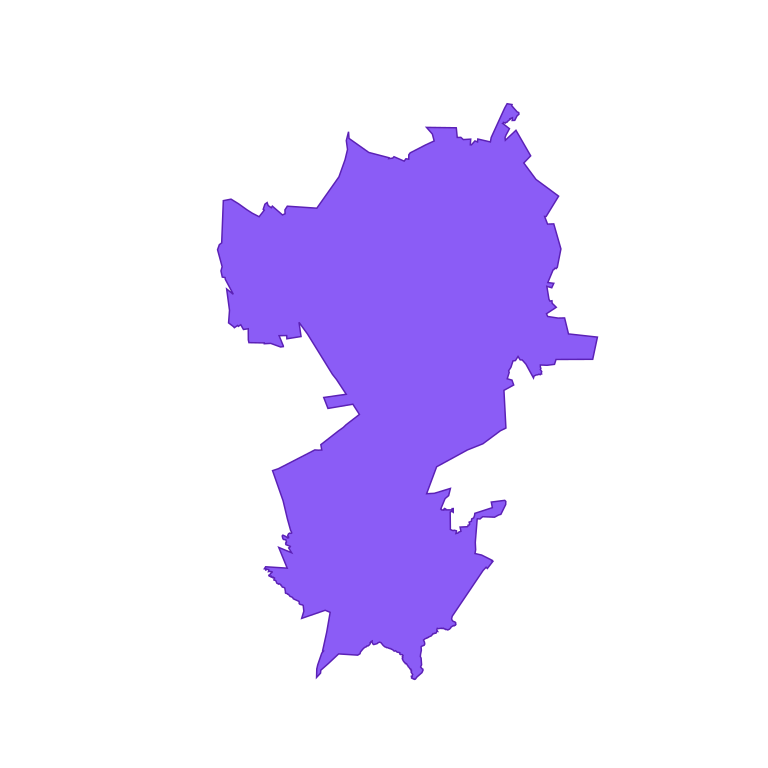 outline of Canatlán, Durango, Mexico, rotated 283°
{"feature_id": "50627088B7187015857407", "entity_name": "Canatlán", "entity_type": "district", "adm_level": 2, "iso_a3": "MEX", "parent_name": "Mexico", "parent_adm1": "Durango", "projection": "orthographic", "projection_center": [-105.2, 24.53], "detail": "fine", "context": "isolated", "style": "filled", "palette": "violet", "viewbox_px": 768, "rotation_deg": 283, "n_neighbors": 0, "source": "geoboundaries", "source_scale": "gbopen_adm2", "svg_char_len": 6165}
<svg xmlns="http://www.w3.org/2000/svg" viewBox="0 0 768 768"><g transform="rotate(283 384 384)"><path d="M220.4,325.9L218.8,327.3L217.9,327.5L217.5,326.9L217.5,325.6L216.7,324.8L216.0,324.5L214.3,324.3L213.4,325.5L212.7,325.6L212.3,324.5L213.3,322.7L214.0,319.5L213.6,319.2L213.0,319.0L210.8,320.1L209.9,321.0L210.1,323.4L208.4,324.4L207.5,324.1L207.4,324.5L206.2,324.1L205.4,324.6L204.7,329.2L203.7,328.9L202.8,328.0L198.8,331.9L201.1,318.2L182.8,331.1L179.3,309.8L177.1,309.0L177.3,310.4L176.4,310.4L176.1,310.7L177.2,311.7L177.2,313.2L176.9,313.7L175.2,313.6L175.7,314.7L175.9,317.1L175.3,317.3L173.9,316.1L172.3,315.7L172.1,315.0L171.3,314.9L170.9,316.1L170.9,316.7L171.4,317.4L171.1,317.7L170.5,317.7L170.6,318.5L170.3,319.0L170.8,319.3L170.8,319.6L170.6,319.8L170.5,320.6L170.3,321.0L169.5,320.6L168.2,320.9L168.2,322.3L167.8,323.0L165.8,324.4L165.3,326.4L165.8,326.6L165.8,326.9L165.3,328.6L164.5,329.0L164.1,329.9L163.3,330.5L163.2,332.5L162.9,333.2L159.4,334.7L158.3,334.9L158.0,335.3L158.0,336.8L157.5,337.4L157.5,338.3L155.9,340.3L155.8,341.9L155.2,343.2L154.3,344.0L153.1,349.9L152.6,350.4L151.1,350.7L150.7,351.1L150.4,351.9L150.4,354.3L150.0,355.1L144.6,357.0L137.1,356.5L150.3,377.6L149.4,382.9L129.2,384.0L110.1,384.2L110.1,385.1L107.8,383.9L95.4,382.6L91.2,382.6L82.9,384.3L88.0,387.2L90.9,386.8L99.3,392.8L110.8,400.5L113.9,419.4L115.8,421.3L117.7,421.4L121.8,423.5L123.3,424.8L124.0,425.9L125.0,426.4L125.2,427.3L125.5,427.7L127.0,428.7L128.2,429.0L128.8,428.7L129.6,429.5L130.1,429.3L130.9,430.3L129.9,430.4L128.3,431.5L127.8,432.6L129.4,435.6L130.5,436.4L131.5,437.8L131.3,439.2L129.1,442.0L128.1,443.9L128.0,445.2L127.7,445.7L127.9,446.9L127.5,448.8L127.7,450.1L127.3,450.5L127.1,452.2L126.2,453.5L126.1,454.3L126.7,455.2L125.7,457.1L125.8,459.8L124.4,460.2L124.1,460.8L124.4,462.9L123.5,463.7L122.3,463.2L121.8,463.8L120.8,463.5L120.4,464.0L119.8,464.0L119.4,464.5L118.8,464.8L117.2,466.7L117.1,467.2L116.3,467.8L116.6,468.7L116.1,469.3L115.7,469.5L114.8,470.7L114.0,471.2L113.6,472.1L112.6,473.1L112.4,474.0L111.8,474.0L111.5,475.0L110.6,475.4L110.4,475.1L110.2,475.4L109.3,475.3L107.4,477.3L105.5,477.0L105.3,476.4L104.8,476.6L104.9,477.2L103.7,477.1L103.2,479.1L103.5,479.4L103.1,479.8L103.1,480.4L103.6,481.0L105.9,482.0L111.3,485.9L113.9,486.4L114.9,486.0L115.0,485.4L116.5,483.3L118.8,483.8L125.3,481.8L126.6,480.7L129.1,480.4L133.0,480.3L136.1,479.3L136.7,479.4L138.5,481.9L139.8,482.2L141.6,481.5L143.4,480.1L145.2,481.5L146.1,483.1L146.5,483.1L147.1,484.3L147.5,484.4L149.3,486.8L151.9,488.0L151.8,488.7L152.6,489.4L152.8,490.5L153.1,490.8L154.9,491.1L155.0,491.9L156.3,490.7L157.9,490.9L157.8,491.9L158.9,494.7L158.7,494.8L159.0,496.3L159.4,496.5L159.1,497.3L159.2,497.6L158.9,498.0L159.0,498.9L158.6,499.4L158.9,500.1L158.7,501.5L159.9,503.0L161.5,503.9L161.9,503.8L163.8,505.5L164.2,506.0L164.0,506.6L164.6,507.0L165.0,507.8L166.0,508.1L166.3,507.7L167.3,507.7L168.1,506.7L168.3,504.7L169.5,503.2L170.5,502.7L173.0,502.7L224.6,522.5L228.4,524.7L227.5,526.2L235.7,530.0L235.9,528.8L236.5,529.1L239.3,517.6L239.3,510.8L243.1,510.6L250.1,508.6L273.2,505.2L273.7,505.3L274.1,507.9L276.9,510.0L279.1,521.7L282.2,525.2L283.3,527.2L293.9,529.7L297.0,529.1L297.8,527.8L293.1,515.1L287.9,517.4L278.4,501.6L276.3,501.8L273.7,501.5L272.3,499.8L269.9,500.0L268.5,498.0L266.8,499.0L265.7,498.6L265.4,497.7L264.3,497.7L263.7,497.3L261.7,490.3L257.8,492.1L256.5,490.2L255.4,489.5L254.5,487.7L256.7,487.8L257.3,487.6L257.3,485.2L256.8,484.6L256.7,483.7L257.2,481.4L274.1,477.3L275.2,478.7L274.6,480.3L278.2,479.5L277.9,478.4L276.6,478.4L275.3,472.6L276.0,472.4L276.4,471.1L275.8,470.7L275.6,471.1L274.7,470.8L274.9,470.2L274.5,470.1L274.3,468.6L274.8,468.2L274.6,467.9L274.8,467.6L274.3,467.3L286.1,469.3L289.8,472.1L297.2,472.2L288.8,457.6L286.7,450.2L315.2,453.9L338.5,480.1L348.0,493.8L364.6,507.9L368.5,512.7L404.8,502.3L412.2,510.6L416.6,507.8L416.8,502.9L423.4,503.4L424.9,502.5L428.8,503.9L435.5,504.5L436.4,506.8L441.0,508.4L438.2,511.2L438.5,513.3L435.2,517.9L423.5,528.3L425.5,528.4L427.0,530.2L427.6,531.8L428.4,532.8L428.2,534.1L429.0,534.6L429.2,535.3L430.5,534.8L431.6,534.9L433.2,533.1L434.6,533.3L435.7,532.5L437.7,532.1L438.9,538.6L441.5,545.7L446.6,546.1L455.0,581.8L477.7,581.4L474.3,552.5L489.0,545.1L487.4,538.8L486.6,528.3L489.0,526.5L497.5,534.6L500.5,529.7L502.9,528.9L502.1,527.1L503.6,525.7L515.8,520.7L515.5,525.8L520.3,526.8L519.7,520.8L533.2,523.1L533.8,523.9L534.9,524.2L535.4,524.7L535.1,525.7L536.7,526.6L555.4,526.0L578.2,513.4L576.6,507.4L583.4,502.8L583.7,504.3L606.3,511.9L617.5,486.1L630.8,470.5L639.3,475.6L660.9,455.5L648.8,447.4L651.4,446.5L652.0,446.6L654.0,446.9L661.0,448.8L664.6,441.0L665.2,441.7L665.8,441.6L665.6,443.7L666.3,443.9L667.0,445.2L668.1,445.6L670.3,447.4L670.8,447.0L672.3,449.2L669.6,449.6L670.3,452.1L675.1,453.3L677.2,454.8L678.8,454.2L679.1,452.5L683.9,445.8L685.1,445.9L684.8,440.9L680.0,439.5L648.3,433.0L643.8,433.2L643.8,420.3L640.9,420.7L641.3,417.9L636.7,415.4L636.5,414.3L642.1,413.4L640.0,406.3L641.6,403.4L640.7,399.9L649.9,396.8L643.6,367.7L638.4,374.9L632.1,378.2L626.2,370.6L615.1,357.5L612.9,356.6L608.6,357.5L608.4,354.7L605.7,353.5L607.7,342.6L606.0,341.6L604.7,337.9L605.6,338.0L606.2,317.1L615.4,294.7L621.8,292.7L612.7,292.5L604.3,295.7L593.8,295.6L575.7,293.5L540.2,279.0L535.5,249.8L531.4,248.3L527.6,249.3L525.9,247.0L532.2,235.2L530.4,234.5L531.8,231.0L534.5,229.3L532.4,227.5L527.0,227.0L526.4,228.2L518.9,224.7L520.8,217.2L522.9,211.3L526.9,201.7L529.7,193.4L526.5,186.2L485.0,194.1L482.7,192.2L477.4,191.6L461.9,199.9L457.5,199.7L451.8,202.4L452.0,205.2L450.2,205.9L437.5,217.0L441.2,209.3L421.0,216.9L408.6,218.8L406.0,224.5L405.2,225.5L408.1,228.2L407.4,229.1L409.5,231.1L405.5,234.8L407.3,239.3L396.4,241.9L393.9,243.1L397.1,258.1L396.3,258.3L398.1,264.5L396.8,274.9L397.8,277.5L398.5,277.3L407.5,270.9L409.3,278.3L406.2,279.2L411.6,292.5L425.0,287.3L415.5,298.2L381.8,331.6L377.8,336.6L365.5,349.5L357.3,328.3L347.6,334.9L357.3,358.2L348.8,366.9L335.9,356.3L332.5,354.1L328.1,350.2L310.7,336.1L305.7,338.2L304.8,335.1L304.2,331.4L277.7,300.1L274.5,294.9L247.6,311.9L230.9,320.2L220.4,325.9Z" fill="#8b5cf6" stroke="#5b21b6" stroke-width="1.5"/></g></svg>